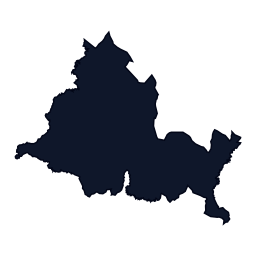 the district of Clemencia, Bolívar, Colombia
{"feature_id": "7082276B89767866766347", "entity_name": "Clemencia", "entity_type": "district", "adm_level": 2, "iso_a3": "COL", "parent_name": "Colombia", "parent_adm1": "Bolívar", "projection": "robinson", "projection_center": [-75.309, 10.562], "detail": "fine", "context": "isolated", "style": "filled", "palette": "ink", "viewbox_px": 256, "rotation_deg": 0, "n_neighbors": 0, "source": "geoboundaries", "source_scale": "gbopen_adm2", "svg_char_len": 5795}
<svg xmlns="http://www.w3.org/2000/svg" viewBox="0 0 256 256"><path d="M223.6,223.8L225.5,222.2L227.6,221.9L228.5,220.3L229.4,219.6L229.6,218.8L228.4,216.7L229.0,215.5L228.4,212.4L224.9,209.9L222.8,207.7L218.7,208.6L218.0,207.4L218.4,206.9L216.8,204.6L214.1,198.8L213.9,197.9L214.4,197.7L213.5,196.7L213.7,195.4L213.1,195.2L212.9,193.3L213.3,193.0L213.3,191.0L212.4,190.2L213.0,188.6L214.1,188.2L214.4,187.3L213.8,187.3L213.8,186.7L215.1,186.4L216.5,183.8L217.7,183.8L217.4,182.7L218.1,183.3L218.1,184.0L218.8,183.5L218.7,182.4L219.2,181.5L218.6,179.6L218.8,178.7L218.2,178.2L217.9,179.4L216.6,179.6L217.0,178.6L216.3,178.1L215.6,178.2L215.6,177.6L219.1,175.1L219.3,174.5L218.6,172.8L219.6,172.7L219.8,170.0L220.5,170.0L220.7,170.4L221.6,169.7L221.9,168.4L222.8,167.3L222.9,165.6L223.5,164.3L225.1,163.2L227.8,163.0L226.9,163.0L226.7,162.5L227.0,162.1L228.6,161.9L227.5,161.1L227.0,160.1L228.3,159.5L229.1,160.6L230.1,160.5L229.5,157.6L231.4,156.7L231.1,156.0L230.6,156.0L229.8,154.4L230.2,153.1L232.3,152.7L232.4,151.6L232.0,150.8L232.3,150.1L234.1,150.2L234.1,149.0L235.5,147.9L236.6,148.2L238.5,145.1L239.7,144.4L240.6,142.8L237.0,142.2L240.4,138.3L240.6,137.4L234.8,134.8L232.0,131.8L232.1,133.6L231.3,136.0L231.5,137.5L230.8,139.8L229.7,140.9L225.2,135.5L222.1,134.2L217.3,131.0L214.7,129.8L213.4,132.0L212.6,134.6L212.3,138.5L210.8,141.6L211.5,144.6L211.1,148.7L209.0,152.4L207.0,152.0L206.3,150.4L203.5,147.2L201.2,146.7L195.4,143.9L191.8,140.7L190.3,137.5L188.9,136.0L183.0,132.3L171.2,132.3L169.4,132.9L167.3,134.6L164.4,140.3L157.7,139.0L156.6,136.9L153.5,126.1L153.8,120.3L154.4,117.7L155.4,118.2L157.2,113.4L155.4,106.1L155.2,103.7L156.1,99.4L156.9,98.9L157.6,95.0L158.2,94.7L154.7,88.3L154.6,86.7L155.4,85.6L155.8,82.7L155.0,80.2L151.8,75.1L144.7,83.3L140.2,83.0L138.1,82.4L137.4,80.3L124.9,66.8L126.7,64.7L129.1,60.5L132.5,61.4L130.0,56.9L126.8,52.3L120.5,49.3L117.0,47.2L113.1,43.9L112.7,41.7L109.8,36.1L108.8,32.2L105.6,36.1L104.5,38.6L102.5,41.3L98.9,44.2L97.1,46.8L95.3,48.3L84.4,39.6L84.7,41.8L84.0,42.9L84.2,44.0L83.2,46.0L85.5,46.7L85.3,48.6L86.0,49.5L87.2,48.5L88.4,48.8L87.4,49.7L87.7,51.2L86.5,50.9L85.0,52.2L85.0,53.8L86.1,54.5L86.1,55.7L83.3,57.5L82.9,58.2L81.7,58.3L80.3,59.8L78.9,60.4L78.7,61.5L79.7,62.6L79.6,63.6L77.5,62.1L77.9,61.1L77.7,60.5L76.6,60.9L76.5,61.7L75.3,62.8L75.6,64.6L77.2,64.4L77.6,65.8L76.3,67.0L76.1,65.9L75.1,65.6L74.6,66.7L75.6,67.6L75.2,68.9L75.4,69.6L73.2,69.8L72.8,70.3L73.1,70.7L71.7,72.2L71.9,73.1L72.5,72.1L73.2,72.1L73.9,74.2L75.3,74.2L76.2,74.9L77.0,75.8L76.8,76.6L78.4,78.7L78.3,79.1L77.5,79.6L77.6,80.3L76.2,80.1L76.1,81.0L74.3,82.8L77.3,85.0L77.7,86.9L79.0,88.5L78.9,89.5L78.6,89.5L77.7,88.2L76.5,89.5L75.9,88.9L75.0,88.8L74.3,89.7L73.6,89.5L73.6,90.1L72.3,89.9L72.8,91.4L71.9,90.9L71.9,89.7L71.0,90.6L69.5,89.2L68.9,89.4L68.6,90.2L66.7,89.7L64.1,93.8L61.7,93.3L61.8,93.9L61.4,93.9L61.1,94.9L60.3,95.2L59.6,94.2L56.6,97.4L56.0,97.1L54.7,97.5L53.4,99.8L53.8,101.3L53.4,103.3L52.9,103.7L52.8,105.3L52.0,106.0L51.8,107.8L51.1,108.6L50.0,112.1L48.9,112.7L47.8,114.2L46.1,113.9L45.4,115.3L45.8,116.8L48.5,120.3L49.0,119.6L49.7,120.0L49.8,121.3L49.0,124.0L50.1,126.2L49.9,128.7L49.7,129.3L47.7,130.4L47.9,131.9L44.3,135.1L42.4,135.7L40.5,138.9L38.3,139.1L37.1,141.8L35.8,142.8L33.8,143.7L31.1,143.7L28.7,143.1L27.6,143.4L27.0,142.5L25.0,144.4L23.3,144.0L22.0,144.8L19.4,145.1L17.8,146.4L17.7,147.4L18.1,148.2L16.9,149.7L16.7,152.1L18.9,152.4L18.3,153.7L18.9,155.3L16.8,154.9L15.4,156.4L15.6,157.9L16.3,158.5L17.3,158.7L18.5,157.9L19.2,158.0L19.7,156.3L21.5,156.2L22.8,154.4L26.5,152.7L27.9,152.6L29.3,154.3L30.7,154.7L32.7,156.6L34.4,156.4L37.4,157.3L38.0,158.2L40.9,159.9L43.0,159.9L43.9,161.5L45.4,161.7L46.5,161.0L47.6,162.0L48.7,161.5L49.3,161.7L49.3,164.0L47.7,165.4L48.7,167.9L50.1,168.3L51.9,168.0L51.8,169.4L52.6,169.5L52.4,170.1L53.0,170.5L53.0,171.1L53.5,170.4L54.4,170.7L54.5,171.3L55.3,171.4L55.2,172.3L55.8,171.3L58.4,172.0L60.0,171.8L60.2,170.9L60.9,170.9L60.7,170.1L60.9,169.9L63.6,171.5L66.4,171.6L67.0,172.7L68.5,171.5L70.8,173.1L71.4,172.8L71.5,173.8L73.1,173.4L74.6,174.6L78.8,176.2L79.8,176.9L79.2,178.6L82.8,186.0L82.6,188.4L84.2,190.4L85.3,194.4L86.8,195.1L87.9,196.2L89.5,196.8L91.4,194.2L93.7,193.8L96.5,191.9L97.0,191.8L99.4,193.4L102.9,193.7L105.9,191.8L106.7,189.7L111.2,189.1L110.6,190.5L111.7,193.6L111.4,194.9L112.7,194.5L115.1,195.1L117.2,192.6L119.6,191.7L121.5,189.9L123.1,185.3L122.8,183.6L124.0,180.5L123.5,178.3L124.3,177.5L123.4,176.0L124.2,174.2L124.2,172.9L126.9,169.9L129.0,171.3L128.8,173.5L129.9,174.5L130.2,175.5L129.6,175.8L129.7,177.0L130.5,179.0L129.9,179.5L130.3,181.0L130.2,182.5L129.5,183.5L130.1,184.2L130.1,185.6L128.4,186.2L127.4,186.0L127.0,186.8L125.9,187.4L126.0,188.1L126.8,188.6L126.1,190.1L127.5,190.7L127.3,191.4L126.4,191.4L126.3,192.4L127.9,192.4L127.2,193.8L127.3,194.1L128.2,194.8L129.0,194.1L129.8,194.7L130.1,194.4L130.3,195.6L131.2,195.6L131.6,194.8L132.7,194.6L133.2,195.4L134.3,195.3L134.5,196.7L135.2,196.4L135.7,198.8L136.2,198.5L135.9,198.0L138.1,198.2L138.1,199.2L138.5,199.0L139.3,199.5L140.2,198.6L140.4,197.8L140.4,198.8L141.0,198.2L141.3,199.0L143.3,197.9L144.0,199.4L146.8,200.0L147.2,200.9L148.5,200.4L148.3,199.6L148.8,199.3L149.4,200.6L149.9,200.2L150.7,200.8L150.8,201.6L151.5,200.7L152.0,201.0L153.9,200.1L154.2,201.1L154.6,201.2L154.8,200.7L155.4,200.8L155.3,199.6L155.9,198.3L156.6,198.6L157.2,200.2L158.8,200.0L160.3,198.0L161.0,193.9L161.5,193.4L166.3,196.2L168.0,200.1L170.0,202.1L172.2,199.8L173.0,199.4L174.5,200.1L176.5,198.4L178.4,197.5L178.9,194.5L182.7,193.0L185.2,191.3L187.8,185.4L192.4,190.3L193.1,192.6L200.4,195.4L203.8,197.2L206.3,197.7L207.0,199.3L205.5,201.0L206.3,203.1L205.6,205.8L205.8,210.5L204.4,213.1L210.7,216.5L217.3,217.2L219.2,217.0L222.2,218.2L224.1,220.2L223.6,223.8Z" fill="#0f172a" stroke="#020617" stroke-width="1.5"/></svg>